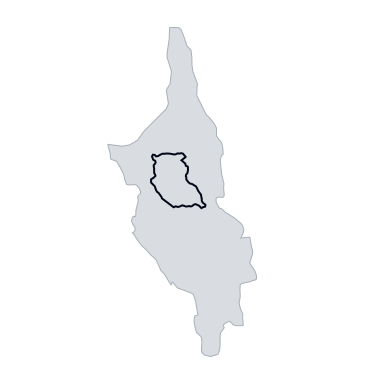 Imereti highlighted on a map of Georgia, rotated 59°
{"feature_id": "GEO-3030", "entity_name": "Imereti", "entity_type": "Region", "adm_level": 1, "iso_a3": "GEO", "parent_name": "Georgia", "parent_adm1": "", "projection": "equal_earth", "projection_center": [42.964, 42.165], "detail": "fine", "context": "in_parent", "style": "outline", "palette": "ink", "viewbox_px": 384, "rotation_deg": 59, "n_neighbors": 0, "source": "natural_earth", "source_scale": "10m", "svg_char_len": 3331}
<svg xmlns="http://www.w3.org/2000/svg" viewBox="0 0 384 384"><g transform="rotate(59 192 192)"><path d="M196.3,264.1L196.4,263.0L196.0,261.2L194.6,259.9L192.6,259.1L188.9,259.4L185.5,258.6L183.1,256.3L182.6,254.6L184.0,253.3L182.9,252.1L178.7,249.4L171.8,242.5L168.0,241.0L166.4,236.7L164.9,235.8L161.6,235.4L158.1,235.8L157.4,236.3L156.3,237.0L153.6,242.3L151.7,244.1L147.0,243.3L143.2,242.0L140.0,241.3L133.9,240.9L126.9,240.8L122.2,244.6L120.2,244.1L116.7,242.2L111.0,240.7L107.9,239.5L116.8,228.2L119.4,221.6L119.5,217.5L119.7,212.4L115.2,201.9L111.4,186.9L107.5,171.4L104.3,166.8L91.2,161.4L88.2,155.3L78.1,147.5L64.0,144.1L61.2,142.6L49.1,132.8L39.6,126.5L41.7,122.7L44.5,118.6L47.5,117.7L56.1,119.2L64.1,121.1L69.9,119.8L76.8,122.9L83.1,126.6L89.4,129.2L101.9,131.6L106.5,134.9L111.9,138.3L133.1,140.0L134.8,139.5L136.4,139.0L143.5,137.8L149.8,138.0L156.4,142.1L160.7,141.9L165.3,141.2L171.1,143.4L175.7,145.8L176.1,148.3L180.1,151.9L191.9,157.4L201.4,160.4L204.4,162.6L211.6,166.2L212.4,167.4L212.2,168.8L210.2,171.5L209.6,173.9L210.6,175.3L213.6,176.6L219.6,176.9L221.8,175.2L226.2,174.0L230.6,171.8L236.5,168.8L244.5,166.1L247.7,166.1L250.7,166.9L252.9,168.4L256.6,173.9L260.1,166.2L261.0,165.7L264.3,167.2L270.2,169.4L274.2,170.5L276.4,172.1L282.6,179.1L292.6,178.8L296.8,179.8L299.1,181.0L300.1,182.4L298.5,189.3L296.1,196.6L296.3,198.4L300.4,201.2L305.8,204.1L308.8,206.4L310.8,208.5L315.2,210.1L320.3,211.1L322.7,211.2L325.2,213.0L331.8,216.3L332.7,217.1L331.6,219.3L329.1,223.2L327.0,225.1L324.7,225.5L322.4,226.4L321.7,228.4L321.6,231.1L322.0,233.1L322.6,233.8L325.0,234.4L327.4,240.1L331.1,242.9L336.8,246.2L341.9,249.9L344.4,253.3L344.0,255.8L342.5,261.0L338.3,265.2L334.8,266.3L333.6,265.9L331.3,264.6L326.6,261.3L321.5,258.7L317.7,259.5L315.2,260.5L310.1,259.3L304.2,257.1L301.1,254.8L299.7,253.2L300.5,250.3L287.0,245.0L280.5,243.6L277.6,245.1L267.8,253.1L266.7,253.9L259.2,255.0L259.1,255.6L260.9,257.3L260.6,257.9L247.9,258.0L243.7,259.1L232.4,257.7L228.7,258.3L225.5,259.6L217.8,261.0L212.5,262.7L205.7,263.5L198.7,263.6L196.3,264.1Z" fill="#d9dde1" stroke="#a8b0b8" stroke-width="1"/><path d="M210.2,187.2L211.3,188.4L210.7,190.3L210.7,192.2L207.2,193.1L205.1,194.6L204.2,195.3L204.0,196.0L203.8,197.0L204.1,198.9L203.8,200.5L203.6,200.7L203.5,200.8L203.3,201.0L202.6,201.6L202.0,203.4L201.1,204.9L199.7,206.0L198.4,207.2L198.2,209.7L197.5,211.9L195.9,213.3L195.6,215.6L181.9,221.1L181.2,220.9L180.4,220.7L175.7,221.1L173.7,221.9L171.7,221.8L167.8,221.0L162.9,222.2L160.1,220.6L160.0,217.6L159.3,215.0L157.9,214.6L156.5,214.7L155.6,214.3L154.7,213.7L153.5,213.1L152.3,212.3L150.7,211.8L149.3,211.0L148.8,209.3L147.9,207.9L146.2,207.5L144.9,208.4L144.1,208.6L143.3,208.4L141.0,208.0L139.9,206.4L141.0,204.8L142.8,204.6L143.7,202.8L143.7,199.7L144.1,197.2L145.0,196.2L145.5,194.7L147.5,191.5L150.7,187.9L151.3,186.5L151.4,184.8L151.8,183.9L152.5,183.3L153.2,181.2L154.6,179.9L156.9,179.7L157.7,179.5L158.6,179.4L159.0,180.8L159.0,182.3L159.3,183.4L159.4,184.7L164.2,183.1L165.4,183.6L166.6,183.7L167.6,182.7L168.7,182.7L171.2,184.2L173.5,186.3L174.1,188.2L175.2,189.1L176.2,189.2L178.4,190.4L181.6,190.1L183.6,189.4L185.2,187.8L189.5,185.6L194.3,186.1L198.9,185.7L201.8,186.8L202.8,187.1L204.4,188.1L206.2,188.3L207.5,188.0L208.8,187.4L210.2,187.2Z" fill="none" stroke="#020617" stroke-width="2"/></g></svg>